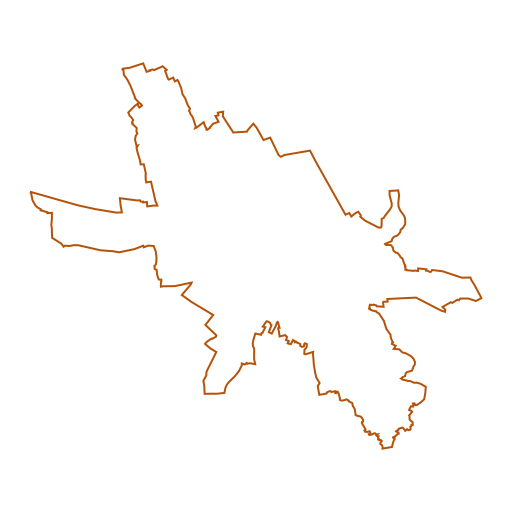 Iasi, Iasi, Romania
{"feature_id": "2599482B38113668882079", "entity_name": "Iasi", "entity_type": "district", "adm_level": 2, "iso_a3": "ROU", "parent_name": "Romania", "parent_adm1": "Iasi", "projection": "equal_earth", "projection_center": [27.601, 47.156], "detail": "fine", "context": "isolated", "style": "outline", "palette": "amber", "viewbox_px": 512, "rotation_deg": 0, "n_neighbors": 0, "source": "geoboundaries", "source_scale": "gbopen_adm2", "svg_char_len": 6074}
<svg xmlns="http://www.w3.org/2000/svg" viewBox="0 0 512 512"><path d="M223.2,111.7L217.8,112.7L218.5,115.3L215.4,116.0L218.6,121.8L213.0,123.8L210.1,127.1L210.1,127.7L207.4,129.7L206.5,129.8L206.2,127.9L205.2,126.6L203.7,122.2L196.7,127.5L195.2,128.1L195.8,126.8L193.1,118.2L192.0,116.0L190.5,114.3L189.7,111.6L189.0,110.8L190.0,108.6L187.7,105.1L185.2,98.3L182.5,94.2L181.2,88.2L178.5,81.7L177.5,80.0L174.8,81.4L173.2,77.6L168.8,79.6L168.0,78.8L165.1,70.9L166.7,69.9L162.7,66.3L154.0,70.1L152.8,69.5L150.9,69.9L149.7,70.3L150.0,70.8L146.6,71.8L143.2,63.4L129.6,67.8L122.7,68.7L122.4,69.5L123.4,69.9L123.9,74.9L127.2,79.4L130.5,85.8L135.2,97.9L134.9,98.2L138.9,102.6L141.2,104.3L142.0,105.6L139.4,107.5L138.6,106.6L137.7,103.8L134.8,105.9L128.3,112.5L129.6,115.7L131.6,117.7L133.2,120.1L132.1,122.1L132.7,123.2L132.2,123.8L136.7,127.9L136.4,131.5L137.4,133.4L135.8,135.6L135.0,139.4L136.5,145.9L137.8,145.5L136.5,148.0L137.8,153.3L139.9,160.0L140.6,164.4L143.8,164.3L145.9,173.7L145.6,174.5L145.7,179.4L146.2,182.4L151.0,181.7L155.7,202.1L156.2,202.4L157.3,205.6L153.4,205.6L147.2,206.4L146.9,202.0L143.2,202.5L143.1,201.7L141.2,201.7L140.2,201.0L140.1,200.4L136.7,200.4L119.9,198.2L120.6,205.4L121.9,212.4L116.2,212.6L95.2,209.1L78.2,205.4L30.9,192.0L30.7,192.9L31.1,193.1L32.5,200.2L35.5,205.6L37.5,207.4L41.1,209.5L40.7,210.4L47.3,212.1L47.2,212.6L47.8,212.7L47.8,213.2L51.9,212.8L51.9,218.6L51.3,225.3L51.8,227.8L52.1,237.8L61.5,243.8L63.6,246.7L64.7,245.7L69.2,246.0L74.4,245.1L78.6,245.3L100.6,250.3L112.6,251.2L119.2,252.3L134.5,249.1L143.3,245.7L143.8,247.3L148.3,245.6L153.7,246.0L155.7,251.3L156.5,257.0L156.3,262.2L155.8,264.4L154.9,265.8L154.5,265.8L154.6,268.3L154.8,269.1L156.5,269.7L157.1,272.6L156.9,273.8L158.1,278.0L159.0,279.6L161.3,279.6L161.4,281.1L160.9,282.0L160.9,286.7L163.0,286.3L175.0,286.1L191.6,282.6L191.0,284.2L181.8,295.0L191.9,302.2L213.2,315.0L205.4,324.9L216.3,335.3L215.9,336.8L211.9,338.9L211.6,338.6L207.1,341.6L205.0,343.9L210.3,348.4L216.3,352.0L207.0,370.7L206.4,372.4L206.3,375.5L203.4,380.7L204.3,386.3L204.6,393.8L217.6,393.7L224.4,392.9L225.3,388.3L226.6,385.1L228.8,382.1L234.7,376.4L238.9,371.2L241.8,365.4L241.8,363.5L244.8,364.5L246.7,362.9L247.3,363.8L249.7,363.2L255.2,364.2L254.1,359.1L254.2,349.7L253.9,348.0L253.0,346.2L252.7,343.4L253.6,339.1L255.4,333.5L261.0,334.8L261.6,333.1L262.4,333.0L265.3,327.3L262.8,326.6L266.3,321.5L266.9,321.2L269.9,322.6L270.9,324.7L271.5,325.1L268.8,332.2L271.7,333.6L275.6,326.4L276.7,323.1L277.5,321.9L278.0,322.2L279.5,327.8L278.4,327.8L278.1,328.8L278.9,331.2L279.6,336.5L285.2,335.1L287.0,337.0L286.0,340.0L288.8,341.1L287.7,343.3L289.0,343.8L290.9,344.1L293.0,340.0L294.7,341.1L294.8,342.1L295.7,341.5L296.5,341.9L296.5,342.4L299.9,343.8L300.3,344.2L300.3,346.0L302.0,346.9L303.9,346.3L304.2,344.2L304.9,343.3L306.7,343.9L306.9,344.6L306.4,347.7L304.5,349.7L304.3,354.0L305.5,354.3L313.1,351.9L312.9,352.9L313.9,365.2L315.2,372.9L316.4,377.7L319.6,383.0L317.7,386.2L319.3,394.8L326.5,393.6L326.9,392.4L329.5,391.2L330.6,391.2L331.3,392.0L335.4,391.2L335.3,393.2L336.1,393.2L336.7,392.0L337.8,391.8L338.6,393.4L340.0,398.7L339.8,399.8L341.2,400.6L343.5,400.4L346.6,399.4L348.7,400.6L348.6,401.0L349.1,401.5L352.2,403.0L352.9,406.1L354.7,408.9L355.7,415.3L361.0,416.7L363.0,419.6L363.1,421.6L362.0,422.0L361.8,422.9L365.5,429.4L365.3,430.1L364.5,430.5L365.2,431.8L367.9,431.9L369.1,431.2L369.8,431.5L370.5,433.3L368.8,434.2L369.2,434.9L372.2,434.5L374.2,433.2L375.2,433.4L376.1,434.4L377.5,434.3L376.3,435.3L376.9,436.0L378.6,436.4L378.1,437.5L378.1,439.3L378.9,439.2L379.3,440.2L379.9,439.8L380.8,440.0L381.8,441.0L380.5,442.7L380.3,443.9L382.1,445.4L382.7,447.4L382.5,448.6L391.9,447.0L393.3,441.9L394.4,438.8L394.6,438.9L394.7,437.8L393.1,437.6L393.2,437.2L394.4,436.9L398.2,433.6L398.7,433.6L398.5,432.5L396.8,431.9L396.0,431.3L396.2,431.1L398.6,429.7L398.6,428.8L402.4,427.6L403.4,428.2L405.2,430.8L407.1,429.2L408.3,430.2L409.8,429.9L410.6,429.3L410.3,426.9L411.3,426.2L411.4,424.9L412.7,424.9L412.7,422.2L410.0,420.1L409.5,418.6L409.5,415.6L409.2,415.4L412.1,411.8L411.7,411.1L409.1,410.0L410.8,406.3L413.0,406.6L413.3,405.0L412.9,403.5L414.5,403.4L415.2,405.2L417.2,404.8L421.0,402.2L424.2,399.2L425.3,393.0L425.8,386.8L420.4,383.7L416.4,382.6L414.2,382.8L409.8,380.9L407.8,381.1L407.1,380.6L402.8,379.7L401.0,378.5L402.1,377.9L402.4,377.2L405.2,376.0L405.6,373.5L406.9,372.1L411.9,370.7L413.7,366.2L414.8,364.5L415.0,362.1L413.6,359.0L411.8,356.9L409.8,355.5L405.8,353.3L402.2,352.3L399.2,349.3L393.7,348.9L395.7,345.8L391.9,344.0L392.0,343.0L393.1,342.4L391.5,339.7L390.7,337.0L390.5,334.7L386.3,328.8L383.9,320.9L379.1,313.6L376.4,312.0L376.2,311.3L372.6,310.6L369.9,309.4L370.0,308.7L369.1,308.6L369.9,304.7L373.3,305.0L373.6,304.6L376.4,305.5L376.7,306.3L383.6,306.8L383.1,302.9L383.3,301.8L387.6,301.6L387.3,299.0L416.0,297.6L441.0,310.5L445.0,311.8L445.3,309.7L442.5,307.0L450.8,302.2L452.2,302.9L457.4,299.7L458.9,300.3L460.2,298.6L461.1,298.5L468.3,298.5L475.9,301.0L481.3,298.2L480.2,295.7L474.2,284.5L471.6,280.5L470.4,277.5L461.8,277.7L442.7,271.3L432.1,270.0L431.1,271.7L430.1,272.0L427.3,270.7L426.1,270.6L426.3,269.3L418.2,268.4L418.0,271.0L414.8,270.5L413.7,270.9L406.6,270.2L406.6,269.7L405.3,269.6L405.5,266.6L404.9,266.5L405.1,265.1L404.5,264.6L402.5,258.6L400.4,257.1L400.1,256.1L397.5,252.9L395.9,252.7L393.4,250.6L393.0,247.9L391.3,245.4L390.5,245.0L386.5,245.1L385.3,244.5L385.0,243.9L391.7,241.1L392.2,238.9L393.9,236.8L396.7,235.9L398.4,234.5L400.3,232.1L400.6,229.8L402.8,228.1L405.2,224.1L405.2,219.9L404.9,217.7L403.7,215.3L400.3,210.6L398.6,206.9L398.3,202.9L399.1,195.2L398.2,190.4L389.5,191.0L389.6,195.3L391.7,203.3L391.7,206.3L390.1,209.3L384.9,215.9L383.8,217.8L381.7,219.0L381.5,226.6L381.0,227.5L378.6,227.6L365.0,220.6L360.3,216.7L360.8,216.0L360.6,215.0L358.3,211.8L356.1,212.7L351.3,216.5L349.3,213.0L345.5,214.7L315.9,161.9L310.0,150.6L284.5,155.0L280.7,156.8L278.6,155.1L270.2,137.6L263.5,140.0L256.5,127.5L253.3,123.7L247.7,130.1L247.1,131.6L233.3,132.5L222.8,116.3L223.2,111.7Z" fill="none" stroke="#b45309" stroke-width="2"/></svg>